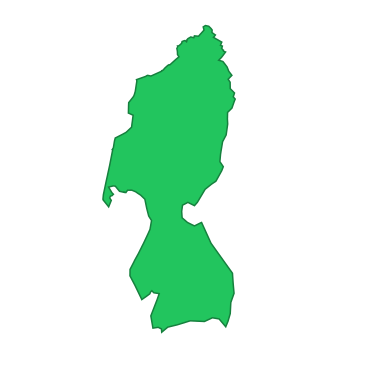 Bopolu, Gbapolu, Liberia, rotated 146°
{"feature_id": "62588387B82153656109433", "entity_name": "Bopolu", "entity_type": "district", "adm_level": 2, "iso_a3": "LBR", "parent_name": "Liberia", "parent_adm1": "Gbapolu", "projection": "orthographic", "projection_center": [-10.518, 7.211], "detail": "fine", "context": "isolated", "style": "filled", "palette": "green", "viewbox_px": 384, "rotation_deg": 146, "n_neighbors": 0, "source": "geoboundaries", "source_scale": "gbopen_adm2", "svg_char_len": 3239}
<svg xmlns="http://www.w3.org/2000/svg" viewBox="0 0 384 384"><g transform="rotate(146 192 192)"><path d="M239.4,61.4L234.3,64.8L228.3,69.8L221.6,78.7L213.8,84.5L208.5,94.1L203.9,102.0L203.9,103.8L204.0,105.9L204.9,138.9L201.1,161.4L202.1,161.6L208.9,162.5L210.5,165.2L212.8,169.3L214.6,176.0L214.3,176.7L211.4,181.7L207.2,186.4L204.9,186.1L201.2,185.7L197.6,179.3L193.4,180.4L179.6,186.9L171.4,187.6L166.1,187.6L155.5,193.0L151.9,195.5L151.9,197.7L151.9,201.6L147.0,207.6L146.6,208.0L145.6,209.1L138.5,216.6L131.8,220.2L124.4,228.4L121.6,233.1L121.2,233.6L118.0,238.1L113.1,239.0L112.0,239.2L106.3,243.5L104.2,244.9L104.4,246.2L104.6,247.8L101.4,250.3L102.3,255.2L102.5,256.3L99.0,261.7L99.0,265.3L93.7,266.4L93.9,269.8L94.0,271.4L93.9,272.0L93.0,276.0L93.2,280.1L93.4,282.8L93.7,283.3L96.2,286.3L92.3,287.1L89.9,287.9L85.9,289.3L86.4,290.0L87.1,291.0L86.7,291.8L86.6,292.0L87.0,292.5L87.0,293.6L87.0,294.2L87.1,294.5L85.7,295.5L85.2,296.0L85.9,296.9L86.1,297.1L86.1,297.3L86.4,297.7L85.9,298.0L85.2,298.5L83.5,299.6L84.3,301.2L84.7,302.0L85.5,303.7L86.3,305.2L87.5,307.8L87.7,308.2L86.6,308.5L84.8,309.1L85.7,311.4L86.1,312.6L86.3,313.0L86.1,313.3L84.8,314.9L84.7,315.1L84.7,315.4L84.8,316.6L84.9,317.5L85.1,318.4L85.4,319.8L85.4,320.0L87.2,321.9L87.8,322.5L90.4,322.6L91.5,319.5L96.7,318.2L96.9,318.2L98.2,317.8L98.4,317.8L99.5,317.5L101.7,319.3L102.7,320.1L103.6,319.4L104.2,318.9L104.9,319.6L106.3,321.2L108.0,321.3L109.1,321.4L109.6,321.4L110.4,321.2L111.2,321.0L111.3,320.9L111.5,320.4L112.5,319.6L113.1,321.5L114.3,321.9L116.1,322.3L116.5,321.9L117.4,321.1L119.2,320.8L121.0,320.6L121.8,320.8L122.1,321.0L122.1,320.9L122.5,320.7L122.8,320.4L124.2,319.4L124.3,319.4L124.7,318.5L125.4,316.9L125.5,316.8L126.0,315.9L127.2,314.0L127.2,311.4L127.6,311.3L131.6,310.9L139.3,309.8L139.9,310.4L140.9,310.4L141.1,310.5L142.8,310.3L146.0,309.8L147.2,309.2L147.4,309.2L149.3,309.5L149.5,309.1L161.2,311.1L163.5,313.5L164.2,313.7L164.5,313.7L166.2,313.8L166.4,313.9L175.2,316.2L175.3,315.8L175.4,315.4L175.8,314.7L182.8,307.1L185.1,305.2L186.3,304.3L187.9,303.6L194.5,301.5L194.6,301.4L195.5,300.1L195.7,299.9L200.6,293.0L199.5,291.3L199.3,290.9L197.9,288.6L198.1,288.3L200.0,286.2L201.2,284.8L201.7,284.2L203.7,282.0L205.6,279.8L205.9,279.5L208.4,279.1L213.3,278.3L218.3,278.8L220.8,279.1L224.9,279.6L225.4,279.7L227.7,277.7L232.5,272.6L234.3,271.8L234.0,271.5L235.3,270.2L245.6,259.9L252.1,253.7L252.8,253.0L256.5,249.5L266.9,239.4L269.8,235.9L269.8,235.4L270.1,235.2L269.5,228.0L269.4,226.3L263.6,230.2L263.6,233.1L261.9,234.2L260.4,233.7L258.4,234.1L258.8,236.1L258.4,242.7L253.9,241.1L252.3,239.7L251.7,233.1L248.4,229.6L248.2,229.9L247.2,228.5L244.4,229.5L240.9,227.2L238.6,223.7L237.5,220.9L236.3,218.1L235.1,212.4L238.7,203.7L238.8,203.4L240.8,197.8L241.3,196.4L241.4,194.7L241.5,191.0L247.7,184.5L252.4,181.6L260.6,176.7L264.4,174.6L265.4,174.0L271.1,170.8L277.8,167.4L279.1,166.6L286.6,162.5L286.9,162.1L290.3,157.2L291.5,146.4L293.6,131.9L293.8,130.9L288.1,131.0L283.9,131.2L282.2,132.3L280.5,132.6L280.0,129.8L276.0,126.1L281.2,122.2L295.4,112.3L300.5,101.0L295.7,98.7L293.9,95.6L295.5,92.7L287.6,93.5L278.4,90.1L265.5,86.2L254.1,77.7L245.4,76.3L240.5,71.6L239.4,61.4Z" fill="#22c55e" stroke="#15803d" stroke-width="1.5"/></g></svg>